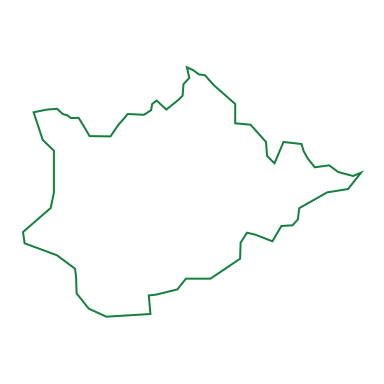 the district of Tiranë, Tiranë, Albania
{"feature_id": "67620474B90997304428465", "entity_name": "Tiranë", "entity_type": "district", "adm_level": 2, "iso_a3": "ALB", "parent_name": "Albania", "parent_adm1": "Tiranë", "projection": "natural_earth1", "projection_center": [19.888, 41.311], "detail": "fine", "context": "isolated", "style": "outline", "palette": "green", "viewbox_px": 384, "rotation_deg": 0, "n_neighbors": 0, "source": "geoboundaries", "source_scale": "gbopen_adm2", "svg_char_len": 1027}
<svg xmlns="http://www.w3.org/2000/svg" viewBox="0 0 384 384"><path d="M186.9,67.3L189.3,77.9L183.5,84.2L182.6,95.7L178.5,99.8L166.3,109.6L156.7,100.6L152.2,103.9L151.1,110.2L143.9,114.8L127.6,114.0L124.4,118.1L118.5,124.6L110.5,136.4L89.6,136.1L83.3,125.4L78.6,117.8L71.0,118.1L67.3,115.3L62.7,114.0L57.1,108.8L46.7,109.6L33.6,112.3L42.8,140.0L53.9,150.7L53.9,192.7L50.7,208.0L23.0,232.0L24.6,243.3L57.0,255.3L75.0,268.7L76.1,277.3L76.6,293.4L88.8,308.7L106.3,316.7L150.4,314.0L148.8,295.4L155.7,294.7L177.4,289.4L185.9,278.7L210.4,278.7L240.1,258.7L240.6,242.7L247.0,232.7L255.4,234.7L272.4,241.3L281.4,226.0L292.6,225.3L297.9,219.3L299.2,208.2L327.1,192.4L348.1,189.0L361.0,172.7L353.0,176.0L338.2,172.0L329.1,165.3L314.8,167.3L307.9,158.7L303.7,151.3L301.5,144.0L283.5,142.0L274.5,163.3L267.1,156.0L266.0,142.0L250.6,124.7L235.2,123.3L235.2,104.0L213.4,84.8L208.0,78.7L206.1,76.5L204.9,75.2L202.7,74.9L198.9,74.4L194.4,71.0L193.4,70.3L192.4,69.8L190.9,69.1L186.9,67.3Z" fill="none" stroke="#15803d" stroke-width="2"/></svg>